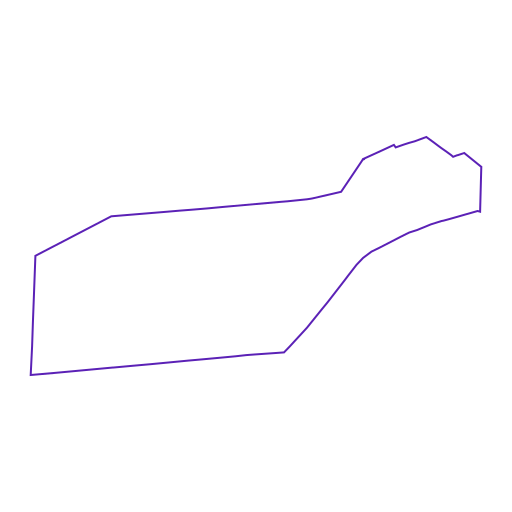 Morelos, Coahuila, Mexico
{"feature_id": "50627088B70261945609966", "entity_name": "Morelos", "entity_type": "district", "adm_level": 2, "iso_a3": "MEX", "parent_name": "Mexico", "parent_adm1": "Coahuila", "projection": "albers", "projection_center": [-100.986, 28.338], "detail": "fine", "context": "isolated", "style": "outline", "palette": "violet", "viewbox_px": 512, "rotation_deg": 0, "n_neighbors": 0, "source": "geoboundaries", "source_scale": "gbopen_adm2", "svg_char_len": 1235}
<svg xmlns="http://www.w3.org/2000/svg" viewBox="0 0 512 512"><path d="M111.4,216.3L111.1,216.4L35.4,255.8L33.8,298.7L32.9,322.5L32.1,346.3L30.7,375.0L54.9,372.9L75.4,371.0L94.8,369.2L113.2,367.5L113.8,367.5L132.4,365.8L150.5,364.2L168.4,362.5L188.2,360.6L202.9,359.3L219.3,357.8L235.4,356.3L246.2,355.1L254.2,354.5L275.8,353.0L284.0,352.4L289.5,346.7L295.2,340.5L306.9,327.8L321.9,309.2L327.4,302.5L345.0,279.8L348.0,275.8L356.6,264.7L363.1,257.9L371.5,251.6L379.3,247.8L401.0,236.6L402.5,235.9L403.8,235.2L404.9,234.7L406.2,234.0L407.7,233.3L409.3,232.5L417.2,230.0L421.3,228.3L424.3,227.1L430.3,224.6L431.1,224.3L441.6,221.0L443.3,220.7L448.5,219.3L457.7,216.7L466.7,214.1L467.5,213.9L477.6,211.0L480.1,211.7L481.1,173.9L481.2,170.5L481.3,166.8L480.6,166.3L464.2,153.0L457.7,155.2L457.3,155.2L453.1,156.8L451.3,155.2L445.8,151.2L441.5,148.2L438.1,145.7L433.6,142.3L426.3,137.0L414.7,141.3L409.0,142.9L403.7,144.6L395.7,147.4L393.9,144.9L381.6,150.6L363.4,158.9L363.7,159.3L363.0,159.6L362.6,159.8L360.7,162.7L352.3,175.2L341.1,191.8L331.2,194.1L312.5,198.4L310.9,198.7L306.9,199.3L287.4,201.3L280.0,201.9L223.4,206.9L207.5,208.4L191.9,209.7L179.0,210.7L166.1,211.8L111.4,216.3Z" fill="none" stroke="#5b21b6" stroke-width="2"/></svg>